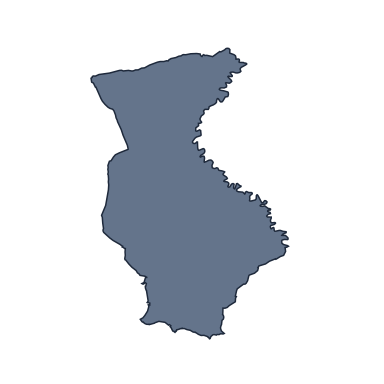 Kicukiro, Kigali City, Rwanda (Albers equal-area conic projection), rotated 249°
{"feature_id": "39286606B56607574087647", "entity_name": "Kicukiro", "entity_type": "district", "adm_level": 2, "iso_a3": "RWA", "parent_name": "Rwanda", "parent_adm1": "Kigali City", "projection": "albers", "projection_center": [30.116, -2.016], "detail": "fine", "context": "isolated", "style": "filled", "palette": "slate", "viewbox_px": 384, "rotation_deg": 249, "n_neighbors": 0, "source": "geoboundaries", "source_scale": "gbopen_adm2", "svg_char_len": 6046}
<svg xmlns="http://www.w3.org/2000/svg" viewBox="0 0 384 384"><g transform="rotate(249 192 192)"><path d="M106.8,262.6L107.7,262.0L110.0,258.8L111.8,257.6L112.9,257.8L114.4,258.3L114.8,258.9L114.6,261.3L113.3,264.2L113.7,264.9L115.0,265.1L117.9,263.7L119.3,260.4L120.1,261.6L120.3,265.3L121.2,265.6L122.7,262.8L124.5,260.7L124.9,259.7L125.4,256.1L125.8,255.2L126.6,255.0L129.1,255.6L129.6,255.4L129.7,254.5L129.2,252.9L129.5,252.5L131.5,252.6L132.5,253.5L132.2,257.0L132.7,258.6L133.3,258.8L133.8,258.4L134.7,255.3L135.3,254.9L136.5,254.8L137.7,255.2L139.2,256.6L140.2,257.0L141.6,253.5L142.4,253.1L143.0,253.3L143.9,255.1L143.7,257.5L144.9,257.6L146.2,256.1L146.7,255.7L147.3,255.9L147.7,256.7L147.1,258.5L147.8,259.2L148.5,258.8L149.4,257.2L152.9,255.0L153.2,252.9L154.1,251.0L154.6,250.7L155.0,250.8L155.5,252.5L154.5,255.2L154.6,257.3L155.8,258.5L156.4,258.2L157.4,257.8L157.9,256.6L156.6,254.5L157.2,253.2L164.5,252.4L165.9,252.0L166.1,251.7L165.6,250.8L162.6,249.5L161.9,248.1L162.4,243.9L162.9,242.8L163.3,242.6L165.0,243.6L166.9,244.1L167.8,245.0L168.7,247.6L169.5,247.8L170.3,247.1L171.1,244.8L172.9,243.1L172.7,241.8L171.4,241.0L171.2,240.5L173.7,239.3L175.7,235.2L177.1,234.1L178.3,234.4L179.0,236.4L179.5,239.6L179.9,239.9L181.0,238.8L183.6,237.5L183.8,236.5L180.3,233.8L179.8,232.7L180.7,232.3L181.4,232.5L184.2,234.1L185.2,233.3L185.2,231.7L183.2,229.1L183.4,227.9L183.8,227.5L184.5,227.5L185.7,228.9L186.7,229.4L187.4,229.4L188.8,228.5L190.2,225.9L190.6,225.6L191.3,226.2L191.7,229.3L192.1,229.9L193.7,229.5L196.5,227.5L197.3,227.3L197.8,227.6L199.0,229.7L199.5,229.4L201.0,227.5L202.4,225.2L202.9,224.8L204.9,224.7L205.5,224.1L205.8,223.6L205.7,221.9L206.1,220.9L207.4,219.6L209.7,220.2L211.9,222.3L213.2,222.2L214.7,221.5L215.3,220.6L215.6,219.1L215.3,216.1L215.4,214.2L216.0,214.2L219.2,215.9L220.9,216.1L221.6,215.2L221.6,212.3L222.2,212.2L223.1,213.3L223.7,216.7L224.4,217.8L225.5,218.6L227.0,218.9L227.9,218.7L228.5,218.0L228.4,213.5L228.7,213.0L229.6,212.9L231.1,213.1L236.7,215.0L237.0,214.5L236.2,212.6L236.4,211.6L237.0,210.6L238.4,210.3L239.1,210.8L241.1,213.9L241.7,215.9L241.5,220.1L241.9,220.9L246.3,222.1L247.3,221.3L247.0,218.3L247.5,217.6L247.8,217.4L250.5,218.5L251.5,221.9L253.8,222.6L253.3,224.0L253.4,225.7L253.8,226.0L255.1,225.6L257.3,225.5L259.7,228.0L260.4,230.5L260.9,231.3L261.8,231.7L263.5,231.8L263.8,232.1L264.5,233.7L263.3,236.8L263.9,237.6L265.3,238.4L265.7,240.1L265.7,243.2L266.2,245.5L266.9,246.9L268.7,247.8L270.0,249.0L270.0,249.6L269.5,250.0L266.8,250.6L265.8,251.1L265.4,252.3L266.1,253.7L268.8,257.1L268.3,259.5L268.7,260.1L270.3,261.1L272.0,261.5L272.6,261.2L275.1,257.9L276.8,255.1L277.6,254.4L278.2,254.3L278.9,255.5L278.6,257.1L277.6,259.3L277.7,261.8L279.0,262.5L281.7,262.4L281.9,262.9L280.2,265.8L280.3,267.1L281.0,268.7L282.3,268.7L286.0,267.0L286.9,266.9L287.1,267.4L285.7,269.9L285.5,270.9L286.2,271.3L289.6,270.3L289.9,271.1L289.3,273.3L287.4,275.7L286.8,277.4L286.6,279.5L287.2,280.9L289.4,280.9L290.0,281.3L290.7,282.6L291.4,287.6L291.8,288.9L292.3,289.0L293.0,288.4L293.7,287.0L294.4,286.5L296.1,282.6L296.7,282.6L298.0,283.5L298.9,283.6L299.6,282.9L300.2,280.7L302.0,281.2L303.6,281.4L305.2,280.4L308.2,277.0L311.3,278.4L312.8,277.8L313.6,276.3L313.7,275.1L313.0,273.3L312.5,269.5L312.7,268.6L313.2,268.2L311.0,259.8L314.3,254.8L314.9,252.8L316.0,252.2L315.8,251.1L314.9,249.9L315.2,249.5L316.7,248.9L317.9,249.1L319.6,246.0L321.5,240.4L322.4,235.3L323.3,233.3L323.4,232.2L323.0,230.7L323.5,228.3L323.3,225.1L324.1,220.1L323.8,219.5L323.9,218.3L322.9,216.7L323.6,215.4L323.9,212.4L325.2,209.1L325.6,206.3L325.7,197.9L324.9,192.2L325.7,189.3L325.3,185.6L326.2,182.9L326.1,181.0L326.4,179.4L328.3,176.2L329.6,171.3L330.9,169.8L331.5,167.9L332.6,157.6L335.0,147.3L334.8,143.3L335.7,141.4L335.5,140.3L334.7,139.9L334.4,138.5L330.5,137.7L329.0,139.0L324.5,139.4L324.3,139.9L311.6,140.5L308.8,140.9L305.0,142.2L301.2,144.0L299.4,145.4L297.7,147.6L295.8,148.2L291.4,148.2L288.4,147.7L285.6,147.9L284.4,147.7L275.5,148.3L269.7,148.0L258.9,148.4L255.4,147.9L254.7,147.6L254.6,138.2L254.2,133.8L252.8,131.2L250.2,127.7L250.3,125.9L246.9,123.0L244.9,122.5L243.4,121.6L240.6,121.0L238.8,119.8L237.8,119.9L233.9,118.7L231.4,117.5L228.5,116.8L223.9,114.7L210.4,106.6L202.6,99.2L200.5,99.2L194.9,97.5L189.6,96.3L188.4,95.3L187.3,95.0L185.9,95.1L178.5,98.8L175.0,101.0L168.5,106.3L166.9,107.1L166.3,107.8L165.5,107.2L165.2,107.8L163.4,108.8L163.1,109.5L160.0,108.0L156.7,107.0L154.0,105.4L152.8,105.2L152.4,105.7L147.5,107.2L143.2,109.0L138.7,111.7L136.1,112.1L134.5,113.2L132.8,113.6L130.3,117.8L128.1,119.6L129.0,118.1L125.0,115.0L124.6,114.4L124.5,112.4L123.9,112.8L123.4,113.8L124.1,115.9L122.9,116.6L120.5,114.9L120.6,114.6L119.0,114.1L116.7,114.0L116.4,114.2L105.9,112.0L104.9,110.6L103.4,112.8L101.6,112.0L102.4,110.8L100.5,110.6L96.7,107.8L93.6,103.7L92.1,101.1L91.7,98.1L88.9,98.8L87.8,99.7L87.9,100.0L86.5,100.5L85.5,101.4L84.6,102.5L83.7,105.0L83.5,104.9L83.0,109.8L83.2,110.7L83.1,114.7L80.0,120.1L76.1,122.4L76.3,123.3L75.0,124.2L74.7,124.3L74.2,123.3L73.0,123.8L69.1,124.2L68.3,125.4L67.7,125.4L67.7,125.7L67.1,125.9L68.0,127.4L67.8,127.5L68.1,127.9L68.4,127.7L68.9,128.4L68.6,129.7L68.5,131.8L68.7,132.0L68.2,133.2L68.4,133.8L68.0,133.8L67.3,135.9L65.4,137.9L63.5,140.8L60.8,142.9L60.0,144.7L59.7,144.6L59.1,145.4L56.9,146.9L54.8,149.1L53.9,151.8L52.0,154.1L51.2,154.9L50.9,154.8L49.6,155.6L48.7,155.7L48.7,156.4L50.3,157.8L51.2,160.3L51.0,161.5L49.7,163.5L50.0,164.3L49.2,166.2L49.4,167.9L48.3,170.2L48.4,171.4L51.6,169.7L53.8,169.7L55.1,170.0L56.9,171.2L57.6,172.0L61.4,174.0L62.1,175.7L63.3,176.6L64.6,177.0L66.0,177.0L66.6,176.6L67.5,177.2L72.5,179.3L71.7,181.2L71.6,183.5L72.6,186.0L74.0,193.1L77.3,194.6L78.5,195.9L79.0,195.1L79.6,195.4L84.0,198.3L85.4,199.6L87.5,207.0L87.0,208.5L87.3,209.7L89.2,212.1L93.4,215.0L93.9,215.7L93.8,221.3L95.1,225.1L97.3,226.7L97.8,226.4L99.0,228.0L98.5,234.9L99.6,239.4L99.7,246.0L99.2,246.1L99.2,246.7L100.1,251.4L100.0,254.8L103.0,258.1L106.8,259.0L106.5,260.6L106.8,262.6Z" fill="#64748b" stroke="#1e293b" stroke-width="1.5"/></g></svg>